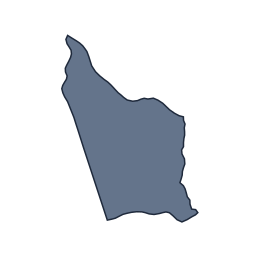 the district of Divisa Alegre, Minas Gerais, Brazil, rotated 168°
{"feature_id": "56859067B20750472426089", "entity_name": "Divisa Alegre", "entity_type": "district", "adm_level": 2, "iso_a3": "BRA", "parent_name": "Brazil", "parent_adm1": "Minas Gerais", "projection": "albers", "projection_center": [-41.381, -15.712], "detail": "fine", "context": "isolated", "style": "filled", "palette": "slate", "viewbox_px": 256, "rotation_deg": 168, "n_neighbors": 0, "source": "geoboundaries", "source_scale": "gbopen_adm2", "svg_char_len": 1326}
<svg xmlns="http://www.w3.org/2000/svg" viewBox="0 0 256 256"><g transform="rotate(168 128 128)"><path d="M167.4,42.2L162.9,42.2L159.1,42.4L155.1,43.5L150.8,44.6L146.7,44.8L142.0,44.8L137.0,44.3L131.9,43.1L128.7,41.6L125.2,39.6L120.5,38.0L115.0,37.8L111.7,38.0L108.3,38.0L105.1,36.5L102.3,32.9L99.1,28.1L94.8,24.9L89.1,26.1L84.0,27.9L80.1,29.0L77.3,30.7L78.8,34.1L82.6,35.4L83.2,40.6L82.5,44.6L84.3,48.3L84.5,52.6L84.8,56.5L85.8,60.0L88.6,63.7L86.5,67.3L84.8,70.6L83.8,74.2L82.0,77.6L79.9,81.0L79.2,86.1L80.6,91.4L80.1,95.5L77.6,98.2L76.7,102.4L75.5,106.1L74.1,109.2L73.4,112.7L72.9,116.5L71.4,120.0L72.1,123.9L71.5,127.4L75.5,129.4L79.5,132.8L83.6,137.2L86.3,141.2L88.9,145.0L92.9,149.0L97.0,151.9L102.5,152.2L106.0,153.7L109.4,153.5L113.0,152.8L117.8,153.2L122.9,155.5L125.9,158.8L127.9,161.6L130.3,164.5L132.6,168.3L135.6,173.4L138.2,177.1L141.4,180.6L145.0,185.1L148.1,189.8L150.6,196.3L151.5,205.8L152.3,211.3L153.6,214.4L155.2,217.8L157.7,221.2L160.5,224.1L164.2,227.6L167.8,231.1L170.3,227.6L170.1,223.1L168.7,219.4L167.5,215.9L167.9,212.2L169.5,209.0L171.9,205.8L174.9,202.2L176.9,199.5L177.5,195.8L176.7,191.6L178.1,188.5L180.7,185.8L183.0,183.2L184.6,180.2L184.4,175.9L183.5,171.7L181.6,166.3L178.7,149.6L178.1,143.1L177.4,136.6L175.6,118.2L167.4,42.2Z" fill="#64748b" stroke="#1e293b" stroke-width="1.5"/></g></svg>